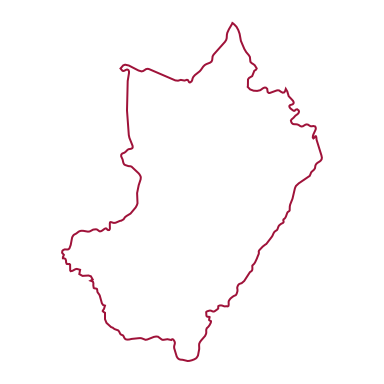 Lékoumou, Natural Earth projection
{"feature_id": "COG-3344", "entity_name": "Lékoumou", "entity_type": "Region", "adm_level": 1, "iso_a3": "COG", "parent_name": "Republic of the Congo", "parent_adm1": "", "projection": "natural_earth1", "projection_center": [13.496, -3.075], "detail": "fine", "context": "isolated", "style": "outline", "palette": "rose", "viewbox_px": 384, "rotation_deg": 0, "n_neighbors": 0, "source": "natural_earth", "source_scale": "10m", "svg_char_len": 5911}
<svg xmlns="http://www.w3.org/2000/svg" viewBox="0 0 384 384"><path d="M232.4,23.0L232.9,23.3L234.4,24.6L236.5,26.8L238.3,30.1L239.6,33.8L240.9,40.9L244.3,48.9L246.2,52.1L248.9,55.3L249.9,57.0L250.4,61.8L251.6,63.1L253.1,64.0L254.7,65.2L256.7,68.4L256.1,69.6L254.3,70.8L252.2,76.1L249.1,77.9L248.0,79.4L247.9,86.0L247.7,86.9L250.1,89.4L253.6,90.7L257.2,90.9L260.3,90.2L262.9,88.3L264.4,87.6L265.8,87.6L267.2,88.8L267.6,91.9L268.6,92.9L269.7,93.0L276.6,90.5L277.5,90.3L279.0,90.4L281.3,92.0L282.8,92.7L284.2,92.4L285.1,91.1L285.8,88.9L287.3,91.5L288.7,96.2L293.0,100.8L293.6,102.1L293.7,102.9L293.3,103.7L292.8,104.2L292.1,104.5L290.1,105.1L289.3,106.1L289.6,107.3L290.4,108.4L292.7,110.2L293.7,110.8L294.6,110.8L295.2,110.1L296.1,109.5L297.2,109.3L298.7,110.5L299.0,111.8L298.5,113.1L297.6,114.1L295.4,115.7L293.5,117.8L291.5,119.5L290.9,120.6L291.2,121.8L291.8,123.0L292.8,123.9L293.9,124.2L296.3,124.3L297.5,124.5L298.7,125.0L300.3,126.1L301.5,126.5L302.8,126.3L305.4,124.7L306.6,124.4L307.9,124.6L309.3,125.5L310.5,126.2L311.9,126.3L313.3,126.0L315.2,126.5L315.7,127.6L315.8,128.9L315.3,130.3L313.4,134.4L312.9,136.0L312.8,137.6L313.4,138.4L314.1,137.9L315.4,136.2L316.0,136.3L316.3,137.2L316.6,139.9L321.4,155.3L321.9,157.7L321.6,159.3L320.8,160.5L319.8,161.4L317.7,162.7L316.7,163.5L315.9,164.5L315.4,165.6L315.1,167.5L314.9,168.4L314.4,169.1L313.9,169.8L312.2,171.3L311.2,172.3L310.7,173.5L310.5,174.1L309.7,175.9L298.8,183.3L296.0,185.9L295.4,187.1L294.9,188.4L292.5,198.7L290.2,204.5L289.8,206.3L289.7,208.6L289.7,209.9L289.6,210.5L289.2,211.1L287.7,212.1L287.2,213.0L285.9,216.6L285.2,217.9L284.5,218.7L283.6,219.3L283.4,219.7L283.3,220.5L283.6,221.2L283.5,222.3L283.0,222.9L281.0,223.9L279.6,225.0L279.0,225.6L278.5,226.4L277.4,229.4L277.1,229.9L274.7,231.6L274.0,232.5L273.4,233.6L272.5,235.7L271.8,236.8L266.3,244.0L265.9,244.2L265.0,244.8L262.7,246.6L259.4,250.1L258.9,250.9L258.8,251.5L258.7,251.8L258.8,252.2L258.9,252.9L258.7,254.0L257.6,256.6L256.9,258.5L255.1,262.3L254.2,263.7L252.5,265.4L252.3,265.7L252.3,266.2L252.4,268.2L252.3,269.7L252.0,270.4L251.6,271.0L249.9,272.2L244.2,281.0L241.6,283.2L240.5,283.5L239.1,284.1L238.4,284.8L237.9,285.6L237.6,286.4L237.3,287.2L237.2,288.1L237.4,288.9L237.5,290.1L237.4,291.4L236.7,293.6L236.2,294.6L235.7,295.2L234.0,295.9L232.7,296.7L230.6,298.4L229.6,299.6L228.8,301.0L228.6,302.0L228.7,304.3L228.5,305.8L227.9,306.3L227.2,306.4L226.4,306.2L224.9,306.4L224.2,306.3L221.9,305.5L220.8,305.4L219.7,305.5L218.4,306.0L218.2,306.7L218.2,308.5L217.5,309.2L215.0,311.0L214.0,311.5L213.0,311.5L212.3,311.3L211.6,310.9L210.6,310.6L209.5,310.6L207.5,311.2L206.8,311.5L206.3,311.9L206.2,312.2L206.2,312.6L206.4,315.5L206.7,316.3L207.3,316.7L208.1,316.8L208.9,316.8L209.4,316.9L209.6,317.0L209.6,317.3L209.1,319.4L209.2,320.2L209.8,320.6L211.0,321.2L211.0,321.8L210.7,322.9L209.5,325.2L208.3,326.8L206.8,328.2L206.3,329.5L206.2,330.8L206.3,332.2L206.1,333.7L205.1,335.9L201.1,340.5L199.9,342.2L199.2,343.8L199.1,345.1L199.2,347.8L199.2,349.1L198.0,355.5L197.2,356.9L196.4,358.0L195.8,358.5L193.9,359.5L191.7,360.3L189.2,360.9L187.6,361.0L182.7,359.8L180.4,359.6L179.3,359.3L178.3,358.7L177.4,357.7L176.7,356.5L174.2,348.2L174.1,346.8L174.3,345.5L174.7,344.2L174.9,342.9L174.6,341.6L173.9,340.4L173.2,339.5L172.2,339.2L171.3,340.0L170.3,339.8L167.4,339.2L163.7,339.8L162.3,339.8L161.3,339.2L158.0,336.7L156.2,336.5L153.9,336.9L147.3,339.5L145.5,339.8L141.9,338.4L140.7,338.1L139.6,338.1L131.8,338.9L129.1,339.5L127.4,339.6L126.0,339.4L124.9,338.7L124.2,337.6L123.7,336.5L123.1,335.5L122.3,335.1L121.5,334.8L120.9,334.5L120.2,333.8L119.7,332.7L119.1,331.5L118.2,330.4L114.6,329.1L113.3,328.2L112.8,327.7L111.1,327.1L106.5,322.9L105.0,319.2L105.0,312.8L103.4,311.8L102.7,311.0L103.4,309.7L104.0,308.9L105.0,305.6L103.1,305.0L101.9,303.3L99.7,295.4L99.0,294.2L97.8,292.6L97.4,291.8L97.2,289.9L96.9,288.9L96.2,288.6L94.3,288.3L93.7,287.9L93.3,285.3L93.4,283.2L92.9,281.6L90.6,280.7L92.7,279.5L90.9,276.3L88.5,275.5L82.5,275.9L79.3,274.1L80.1,269.8L76.8,268.9L75.4,269.2L72.5,270.8L70.7,271.2L70.2,270.4L70.1,264.7L69.5,264.0L68.1,264.1L66.7,263.9L66.1,262.4L66.0,260.5L65.5,259.1L64.5,258.4L62.9,258.3L62.9,257.1L63.9,254.9L62.1,252.8L62.3,251.0L62.8,250.4L63.3,250.0L64.2,249.6L64.7,249.4L67.6,249.5L68.4,249.3L68.9,248.9L69.4,248.4L69.6,247.9L70.7,245.0L72.1,237.6L72.4,236.9L72.8,236.2L73.4,235.3L73.8,234.9L74.4,234.5L76.3,233.5L78.6,231.7L79.4,231.3L80.2,231.0L81.2,230.8L83.1,230.8L87.6,231.6L88.6,231.6L89.4,231.5L90.2,231.2L92.8,229.8L93.2,229.6L94.8,229.4L95.7,229.3L96.6,229.4L97.3,229.7L99.2,231.1L99.9,231.4L101.0,231.2L102.3,230.5L104.3,229.0L105.5,228.4L106.4,228.5L107.4,229.7L108.1,230.1L109.2,230.0L109.7,229.3L109.9,228.4L109.8,223.7L110.0,222.4L110.5,222.1L111.3,222.2L113.5,222.9L114.6,222.9L115.7,222.7L119.2,221.2L120.2,220.8L121.2,220.7L123.6,219.3L124.9,217.3L126.5,216.0L130.5,213.6L135.7,207.4L136.9,205.1L137.5,203.3L137.1,193.1L138.7,185.2L140.6,179.4L140.7,178.5L140.8,177.1L140.3,175.8L139.5,174.4L138.5,173.2L131.6,166.7L130.6,166.3L128.4,166.1L125.1,165.0L124.2,164.4L123.6,163.4L123.2,162.2L122.6,159.5L121.6,157.3L121.2,156.4L121.2,154.9L121.6,154.2L122.3,153.5L124.4,152.7L125.5,151.9L127.6,149.8L128.6,149.2L131.0,148.8L132.3,148.2L132.7,147.2L132.6,145.9L129.4,137.8L128.8,135.0L127.0,110.5L127.7,81.0L129.0,73.0L129.0,71.4L128.5,70.2L127.6,69.6L126.6,69.6L125.5,70.1L124.4,70.7L123.4,71.0L122.5,70.8L121.6,69.8L120.5,68.5L123.2,65.4L125.1,64.7L128.8,65.5L138.5,70.5L141.6,71.4L143.2,71.0L146.1,69.1L147.8,68.8L149.3,69.2L175.3,80.4L178.0,80.7L180.8,79.9L184.1,80.5L184.8,80.5L186.9,79.8L187.9,80.1L189.1,82.2L189.9,82.5L191.5,81.5L192.2,80.1L192.6,78.4L193.4,76.8L194.9,75.1L199.7,71.3L201.0,69.8L203.2,66.6L204.7,65.1L206.4,64.1L210.0,62.7L211.5,61.6L212.2,60.0L212.6,56.4L213.6,54.6L225.0,41.8L226.2,39.9L226.7,38.1L226.9,34.7L227.3,32.8L228.9,29.3L232.0,24.0L232.4,23.0Z" fill="none" stroke="#9f1239" stroke-width="2"/></svg>